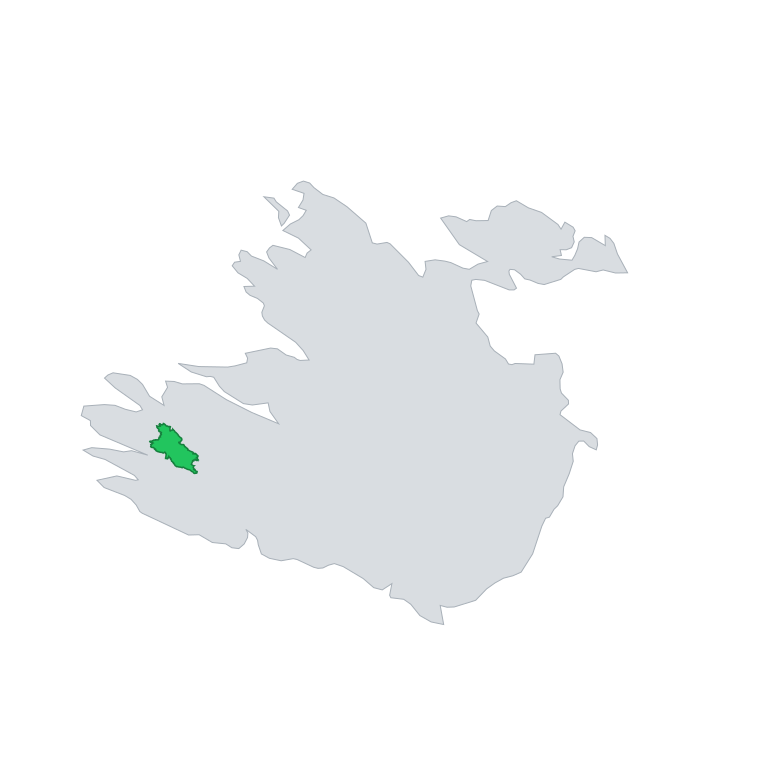 Killarney Lea-7, Kerry, Ireland shown in context, rotated 38°
{"feature_id": "5873133B17042866960097", "entity_name": "Killarney Lea-7", "entity_type": "district", "adm_level": 2, "iso_a3": "IRL", "parent_name": "Ireland", "parent_adm1": "Kerry", "projection": "robinson", "projection_center": [-9.439, 52.045], "detail": "fine", "context": "in_parent", "style": "filled", "palette": "green", "viewbox_px": 768, "rotation_deg": 38, "n_neighbors": 0, "source": "geoboundaries", "source_scale": "gbopen_adm2", "svg_char_len": 9065}
<svg xmlns="http://www.w3.org/2000/svg" viewBox="0 0 768 768"><g transform="rotate(38 384 384)"><path d="M482.0,165.0L466.1,173.2L463.7,176.3L459.4,189.1L458.9,192.7L449.0,207.0L443.4,209.9L435.0,212.2L430.2,214.5L424.1,213.4L416.5,213.6L412.7,216.1L412.9,218.1L415.2,220.4L429.4,226.9L428.6,229.7L424.7,232.8L399.4,240.4L391.9,245.1L389.3,248.2L392.0,253.3L412.4,268.7L415.9,270.3L419.0,279.3L436.9,283.1L444.3,288.7L450.6,290.0L464.3,289.5L469.8,291.6L472.9,290.0L474.7,287.1L489.9,276.1L485.0,268.0L500.3,254.1L504.6,254.3L511.9,258.5L517.9,264.4L520.0,272.3L525.8,279.4L529.4,281.9L539.3,283.3L541.7,286.1L540.1,296.4L541.6,299.8L566.7,299.5L576.7,295.1L585.4,295.9L589.8,300.5L591.8,305.2L584.3,307.0L576.5,306.0L572.7,309.1L572.6,315.1L575.4,322.9L580.7,328.4L585.2,340.7L588.9,354.4L594.5,362.7L595.8,373.0L595.1,378.1L596.3,387.1L594.0,390.3L595.9,398.9L605.7,426.3L607.9,447.8L603.6,455.8L597.7,463.5L593.9,472.5L591.0,482.3L589.4,498.0L576.6,516.5L571.1,521.1L564.6,523.9L579.1,536.8L567.6,542.5L554.9,544.4L540.8,541.1L532.1,541.5L521.0,548.2L518.5,547.0L513.1,536.4L509.4,547.3L501.3,550.8L487.4,550.1L464.3,553.0L455.4,556.1L451.8,561.0L449.1,566.6L445.5,569.9L441.4,571.7L423.6,575.8L420.0,577.5L411.8,586.6L401.0,591.9L392.0,593.4L383.9,588.1L380.6,585.0L376.9,583.3L364.6,583.6L368.5,585.2L371.0,589.0L372.3,596.1L370.9,603.1L364.9,606.7L357.7,607.4L346.3,614.6L331.1,616.6L323.0,623.3L273.0,634.7L270.1,634.8L263.2,631.9L255.7,630.6L248.3,631.5L227.3,637.9L217.1,636.6L230.1,620.9L247.5,612.9L249.3,610.8L243.6,609.7L210.6,615.2L199.1,619.9L187.6,621.3L192.9,614.1L207.8,604.3L220.6,597.8L226.1,592.0L241.7,585.5L191.5,599.0L178.3,597.4L175.2,593.6L164.9,595.3L161.1,586.2L176.3,572.4L185.2,566.4L195.7,563.2L205.9,558.6L209.6,553.0L204.9,551.2L174.6,552.6L160.1,551.4L160.9,546.9L163.6,542.0L178.7,533.5L186.8,532.2L194.0,533.0L206.8,538.0L223.9,536.3L216.8,530.9L215.5,519.9L210.1,516.2L217.1,511.2L225.0,508.1L238.3,497.5L243.0,495.9L269.3,493.4L297.5,487.8L325.5,480.2L311.1,475.9L304.3,470.2L293.2,481.6L285.3,486.0L262.8,488.3L255.7,487.1L245.7,483.5L242.5,484.9L239.6,487.6L224.7,493.2L209.1,494.5L227.3,484.3L250.4,466.9L255.5,461.4L262.8,451.8L260.6,447.6L255.8,445.2L272.5,425.5L278.4,421.9L289.0,421.4L296.9,418.2L300.3,418.2L303.4,417.1L310.2,411.2L299.7,407.4L288.7,405.5L254.9,407.5L250.5,407.1L246.3,405.3L243.6,402.7L241.6,396.0L239.1,394.5L231.5,394.5L223.9,396.6L218.7,396.4L213.6,393.4L221.8,386.6L211.2,385.0L200.5,386.3L191.6,384.3L191.3,380.0L195.4,375.7L190.1,371.6L189.0,366.5L194.7,364.0L200.8,364.8L213.4,361.0L229.5,359.2L215.7,355.5L210.2,352.2L210.0,347.3L211.1,343.1L227.0,336.0L244.0,332.9L242.8,328.2L244.0,323.2L226.8,321.7L209.8,325.3L211.7,315.6L215.8,306.9L216.6,301.2L215.8,295.0L207.9,297.6L206.9,288.9L203.6,283.0L191.8,287.1L192.2,279.2L195.6,273.7L201.7,271.4L207.8,272.4L219.1,272.3L230.0,268.2L245.7,267.1L270.7,268.4L287.9,280.0L292.4,278.0L299.2,270.6L302.5,269.8L328.4,273.0L344.5,277.2L348.8,275.9L346.5,267.8L340.9,262.1L347.8,254.7L356.3,249.7L361.9,247.2L374.9,244.1L380.6,241.1L384.3,231.6L390.2,223.7L357.6,227.8L326.5,218.4L331.4,211.7L337.9,207.9L349.2,205.1L350.2,201.6L356.0,198.7L365.4,191.1L361.8,181.2L363.6,174.1L370.4,169.5L372.5,162.9L375.5,158.1L389.3,156.3L402.5,151.8L422.9,151.2L428.2,153.0L426.9,145.1L436.5,144.0L440.3,145.6L442.0,151.3L446.4,154.9L447.9,161.1L445.0,166.0L440.1,169.7L444.7,173.5L437.8,180.5L445.3,177.5L455.9,170.7L455.2,165.2L453.3,158.3L450.3,152.0L451.5,145.1L457.5,140.8L473.2,138.7L466.6,130.8L472.4,130.1L478.6,131.7L487.9,137.8L507.5,146.4L498.1,154.0L486.5,159.2L482.0,165.0ZM206.4,318.8L205.9,322.6L198.4,317.9L194.8,312.7L174.1,310.4L182.8,305.3L187.0,306.8L201.5,307.0L205.6,309.1L206.4,318.8Z" fill="#d9dde1" stroke="#a8b0b8" stroke-width="1"/><path d="M281.9,555.6L281.7,555.3L281.7,555.2L281.1,555.1L280.7,555.2L280.4,555.0L280.2,555.0L279.9,555.1L279.4,554.9L278.7,554.8L277.8,555.0L278.0,555.6L277.3,555.8L276.7,556.3L276.5,556.7L276.4,556.7L276.2,556.2L276.0,555.6L275.4,555.4L274.2,555.7L274.2,555.8L273.1,556.1L272.2,556.3L271.6,556.3L270.9,556.5L270.1,556.4L270.0,556.5L269.9,556.7L269.5,556.3L269.4,556.0L269.2,556.0L268.8,555.9L268.5,555.8L268.1,555.9L267.7,556.1L267.0,555.8L266.4,555.9L266.1,555.8L265.9,555.8L265.6,556.1L265.2,556.0L264.7,555.5L264.2,555.4L264.0,555.2L263.5,555.3L263.3,555.2L263.0,555.4L262.6,555.8L262.1,556.0L261.7,556.5L261.4,556.6L260.5,556.5L260.3,556.7L259.6,556.8L259.2,556.6L258.9,556.7L258.4,556.5L258.3,556.4L258.5,556.3L258.5,556.0L258.7,555.9L258.9,555.5L259.3,555.1L259.0,554.6L259.0,554.4L259.2,553.9L259.2,553.7L259.1,553.4L259.1,553.0L259.2,552.6L258.7,552.0L257.9,551.4L257.2,551.4L256.7,551.6L255.3,551.4L254.0,551.3L253.6,551.2L253.2,550.9L252.6,550.7L250.7,550.4L250.3,550.4L249.6,550.3L249.1,550.5L247.6,549.9L246.9,549.9L245.6,549.7L245.8,549.9L245.9,550.3L245.7,550.6L245.2,550.9L244.6,551.9L244.7,552.3L244.5,552.6L244.4,552.5L244.0,552.5L243.4,551.7L242.6,550.7L242.3,550.1L242.2,550.1L241.9,549.7L242.0,549.5L242.1,549.4L242.0,549.2L241.5,549.4L241.3,549.6L241.2,549.5L240.9,549.8L240.8,550.1L240.5,550.3L240.1,550.3L239.3,550.4L238.8,550.7L238.8,550.9L238.4,551.0L238.1,551.1L237.6,551.0L237.1,550.8L236.4,550.9L236.3,550.7L234.6,550.8L234.4,551.0L234.8,551.6L234.8,552.0L234.7,552.3L234.3,552.6L234.1,552.8L234.1,553.0L233.4,553.2L233.0,553.3L232.6,553.2L232.1,553.2L231.7,553.4L231.7,553.8L231.7,554.1L231.8,554.4L232.0,554.4L232.2,554.2L232.8,554.1L233.1,554.5L233.6,554.9L233.4,555.0L233.1,555.2L233.0,555.4L233.0,555.6L232.8,555.7L232.8,555.9L232.4,556.1L232.3,556.3L232.1,556.3L231.6,556.6L231.7,556.8L231.4,556.9L231.1,556.8L230.9,556.8L230.7,556.9L231.1,557.2L231.4,557.6L231.9,558.0L233.2,558.3L233.7,558.2L234.9,558.6L235.2,558.9L235.2,559.6L235.4,559.7L236.5,559.9L236.9,559.5L237.2,559.4L238.3,559.3L238.5,559.3L238.6,559.7L238.4,559.9L238.4,560.2L238.6,560.5L238.9,560.6L238.8,560.8L239.7,561.0L239.6,561.7L239.5,561.9L239.5,562.2L239.3,562.4L239.7,562.9L240.4,563.3L240.0,563.9L239.7,564.1L239.9,564.4L239.8,565.2L240.1,565.3L240.5,566.1L240.3,566.6L240.4,567.2L239.7,567.6L239.4,567.9L239.1,568.1L238.8,568.2L238.5,568.8L238.2,568.7L238.1,568.8L237.6,569.6L237.5,569.9L237.0,570.1L237.0,570.5L236.8,570.8L236.8,571.1L236.5,571.2L236.5,571.4L236.4,571.9L236.2,571.9L235.6,572.6L234.9,573.0L234.8,573.5L235.2,573.7L236.0,573.6L237.3,573.1L237.7,572.8L237.8,573.4L238.0,573.3L237.9,573.5L238.0,573.7L237.9,573.7L237.9,573.9L237.9,574.2L237.9,574.4L238.0,574.6L237.9,574.7L237.9,574.9L237.5,575.3L237.9,575.6L238.3,575.7L238.5,576.0L238.7,576.3L238.6,576.5L238.6,576.9L238.7,577.0L239.2,577.1L239.9,577.0L240.0,576.9L240.6,576.7L240.8,576.5L241.3,576.0L241.9,576.0L242.5,576.2L243.0,576.1L243.3,576.1L243.2,576.3L243.3,576.6L243.6,576.5L243.6,576.4L243.8,576.4L244.2,576.2L244.4,576.6L244.5,576.7L244.9,576.7L245.1,576.6L245.3,576.9L245.1,577.0L245.8,576.9L246.5,576.7L247.1,576.7L247.5,576.5L247.5,576.4L248.1,576.1L248.5,576.0L248.4,576.1L248.6,576.1L249.1,575.8L249.8,575.5L251.6,574.4L252.0,574.5L252.5,574.4L253.1,573.3L253.5,572.9L253.4,572.6L254.2,572.7L254.5,572.9L255.0,573.1L255.0,573.3L255.3,573.3L255.7,573.5L256.6,575.2L257.4,576.3L257.4,576.6L257.6,576.6L257.8,576.7L257.8,576.8L258.0,576.9L258.0,577.0L258.5,576.7L259.2,576.4L259.4,576.3L259.4,576.0L259.5,575.9L259.4,575.7L259.5,575.7L259.5,575.4L259.4,575.4L259.5,575.1L259.4,575.1L259.3,574.8L259.0,573.6L259.5,573.9L260.8,573.7L260.9,573.9L260.8,574.0L261.0,574.1L261.6,574.3L261.9,574.2L261.9,574.5L262.0,574.6L263.0,574.7L263.4,575.1L263.6,575.2L264.1,575.6L264.6,575.5L265.1,575.5L265.6,575.7L266.5,575.5L266.8,576.0L267.1,576.3L268.0,576.1L269.2,576.7L269.6,576.9L271.8,576.7L272.2,576.1L272.6,576.0L273.5,575.7L274.1,575.3L274.5,574.9L275.2,574.7L275.5,574.5L276.5,574.3L276.6,573.6L276.9,573.2L277.2,573.0L279.0,572.9L279.4,572.7L281.5,572.3L282.5,571.9L283.5,571.3L284.5,571.2L285.3,571.3L285.8,571.2L286.1,571.3L286.5,571.3L287.4,570.9L288.7,571.3L289.3,571.3L289.8,571.1L290.2,570.7L290.4,570.1L290.7,570.1L291.2,569.6L291.3,569.3L290.6,568.0L289.9,568.3L289.4,568.4L288.5,568.3L288.2,568.3L287.9,568.2L287.5,568.3L287.5,568.2L287.4,568.3L287.1,568.1L287.1,568.3L286.9,568.2L287.0,568.4L286.8,568.5L286.8,568.4L286.8,568.2L286.3,568.0L285.8,567.5L285.0,567.2L284.6,565.9L284.7,565.4L284.4,565.6L283.6,565.8L281.7,566.0L281.4,565.0L281.3,564.6L281.0,563.7L281.0,563.1L280.7,562.7L280.8,562.5L280.7,562.4L280.8,562.3L280.7,562.3L280.6,562.2L280.8,562.1L280.7,561.9L280.8,561.8L280.8,561.7L280.8,561.4L281.0,561.3L281.0,561.1L281.0,560.9L281.5,560.7L281.7,560.4L281.8,560.1L281.7,559.9L281.9,559.9L281.8,559.7L282.0,559.6L282.4,559.6L282.5,559.6L282.4,559.5L282.5,559.5L282.8,559.5L283.0,559.5L283.0,559.4L283.4,559.4L283.5,559.1L283.8,559.0L283.9,558.9L284.0,558.7L284.2,558.8L284.3,558.7L284.5,558.2L284.2,558.1L283.7,558.0L283.7,558.3L284.0,558.3L284.1,558.5L283.6,558.3L283.6,558.2L283.3,558.2L283.1,557.9L282.3,557.6L282.6,557.5L282.6,557.3L282.3,557.1L282.1,556.9L282.0,556.6L282.0,556.4L281.7,556.1L281.9,555.9L281.7,555.7L281.9,555.6Z" fill="#22c55e" stroke="#15803d" stroke-width="1.5"/></g></svg>